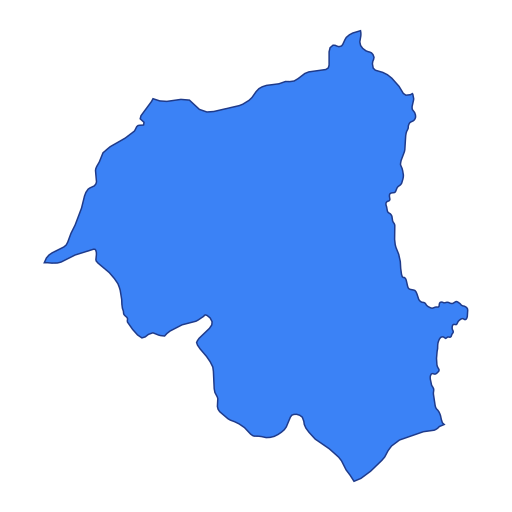 the border of Ouham-Pendé
{"feature_id": "CAF-805", "entity_name": "Ouham-Pendé", "entity_type": "Prefecture", "adm_level": 1, "iso_a3": "CAF", "parent_name": "Central African Republic", "parent_adm1": "", "projection": "mercator", "projection_center": [16.39, 6.719], "detail": "fine", "context": "isolated", "style": "filled", "palette": "blue", "viewbox_px": 512, "rotation_deg": 0, "n_neighbors": 0, "source": "natural_earth", "source_scale": "10m", "svg_char_len": 5413}
<svg xmlns="http://www.w3.org/2000/svg" viewBox="0 0 512 512"><path d="M360.5,30.7L360.8,32.4L360.9,34.1L360.8,35.9L359.8,41.9L360.6,45.5L362.7,48.4L365.9,50.8L367.9,51.6L369.8,52.1L371.5,52.9L373.0,54.6L374.0,57.3L373.6,59.4L372.8,61.3L372.4,63.8L373.2,68.1L375.3,70.2L382.8,72.4L387.4,74.7L391.8,78.2L399.0,86.3L403.3,93.4L405.9,95.2L410.4,94.7L411.9,93.9L412.3,93.6L412.8,94.2L413.7,98.7L413.6,99.8L412.1,106.5L412.1,108.3L412.4,109.6L414.6,112.5L415.4,114.7L415.6,116.2L415.5,117.6L415.1,118.6L414.6,119.5L414.0,120.2L413.3,120.8L410.6,122.1L409.7,122.8L409.0,124.0L408.3,125.9L408.2,128.1L407.6,129.6L406.6,131.5L406.1,133.3L405.7,135.7L404.8,149.8L404.4,151.7L401.1,160.5L400.6,163.0L400.5,164.8L402.1,168.5L402.7,170.9L403.4,175.1L403.3,177.0L402.9,179.0L401.7,183.1L401.0,184.2L400.4,184.9L398.0,186.6L397.4,187.4L396.8,188.4L395.8,191.0L395.3,191.9L394.6,192.5L393.6,192.7L392.5,192.8L391.2,193.0L390.0,193.7L389.5,194.7L389.4,196.1L389.9,199.4L389.5,200.4L388.7,201.0L387.9,201.2L387.3,201.4L386.8,201.8L386.0,203.0L385.9,204.0L386.1,205.3L386.6,206.8L387.1,209.6L387.4,211.1L388.0,212.3L388.8,212.9L389.6,213.4L390.4,213.9L391.2,214.9L391.9,216.2L392.6,220.8L393.1,222.0L394.2,223.6L394.6,224.5L394.8,225.6L394.6,239.4L395.2,244.6L395.9,247.3L398.7,254.3L400.3,261.6L400.7,268.5L401.5,274.3L402.3,276.8L403.3,277.5L404.3,277.5L405.4,278.4L406.2,280.1L407.6,286.2L408.1,287.7L408.7,288.5L409.4,289.1L410.4,289.4L413.9,290.1L414.9,290.5L415.5,291.2L416.1,292.0L417.0,294.1L418.7,299.3L419.0,299.8L419.5,300.5L420.1,301.1L420.9,301.7L421.7,302.2L423.8,302.5L424.7,302.9L425.4,303.5L426.4,305.1L427.1,305.8L427.8,306.4L428.7,306.9L430.5,307.8L431.5,308.1L432.4,308.2L433.3,307.9L435.1,307.2L436.1,307.0L438.1,307.1L438.7,306.7L439.1,306.1L439.3,304.1L439.6,303.1L440.2,302.4L441.0,302.1L442.0,302.1L442.9,302.4L443.8,302.8L444.8,302.8L446.7,302.3L447.7,302.3L448.3,302.4L449.1,302.7L449.9,303.1L450.8,303.4L451.9,303.5L452.9,303.4L453.7,302.9L455.3,301.9L456.2,301.5L457.1,301.7L457.9,302.1L458.7,302.7L459.5,303.2L460.2,303.8L461.4,305.2L462.2,305.6L462.9,305.9L464.4,306.2L465.5,306.8L466.6,307.5L467.5,308.9L467.7,310.3L467.3,316.5L467.0,317.6L466.6,318.5L466.0,319.3L465.3,319.6L464.4,319.5L463.7,319.0L462.9,318.6L462.0,318.7L461.1,319.0L459.5,320.1L458.2,321.4L456.8,324.1L456.2,324.6L455.4,324.6L454.6,324.4L453.6,324.4L452.8,325.0L452.3,326.1L452.1,328.1L452.4,329.5L453.2,331.2L453.2,332.3L452.7,333.2L452.0,334.1L451.1,336.5L450.4,337.1L449.6,337.2L448.8,337.0L448.2,337.0L447.5,337.1L446.2,338.1L445.6,338.4L445.0,338.0L444.3,337.5L443.5,337.0L442.5,336.8L441.6,337.0L440.7,337.4L440.1,338.1L439.5,338.9L438.7,340.7L438.0,342.8L437.7,345.0L437.6,348.6L437.1,351.4L436.5,358.4L436.9,364.7L437.3,366.3L437.8,367.4L439.0,369.5L439.0,370.5L438.7,371.3L436.7,373.3L435.9,373.8L435.0,374.1L434.0,374.0L433.1,373.6L432.2,373.6L431.2,374.1L430.3,376.1L430.2,377.5L430.3,379.1L431.6,385.2L432.9,387.3L433.7,389.0L433.7,390.6L433.4,392.7L433.4,394.0L435.1,405.3L435.6,407.3L436.3,408.6L436.9,409.4L437.6,410.0L438.7,411.5L439.2,412.4L439.8,413.7L440.5,415.6L441.3,419.4L442.4,422.8L444.2,424.5L439.4,426.5L437.6,428.3L435.9,429.4L434.2,430.2L423.4,431.7L399.5,440.0L391.5,446.0L388.1,450.6L384.7,457.0L381.8,460.4L370.6,471.2L360.9,478.4L354.0,481.3L350.1,475.2L346.1,469.9L341.5,460.8L338.7,457.2L329.3,448.8L315.2,439.1L309.0,432.3L305.9,428.1L304.3,424.5L303.8,421.2L302.3,417.2L299.8,415.3L296.7,414.3L293.9,414.4L291.8,415.2L290.4,417.1L286.3,426.9L284.3,429.7L281.4,432.2L278.0,434.5L274.2,436.4L270.1,437.4L266.2,437.6L261.7,436.6L258.6,436.2L254.1,436.1L252.7,435.6L250.6,434.1L244.5,427.6L239.1,423.9L234.6,421.7L230.3,420.1L227.9,418.7L219.7,411.7L218.1,409.3L217.4,406.5L217.8,398.6L217.3,397.0L214.9,392.4L214.2,388.7L213.4,371.3L212.8,367.0L210.2,361.8L206.5,356.4L200.1,348.9L197.5,345.1L196.6,342.5L197.5,340.6L199.1,338.3L209.5,328.3L211.8,324.9L212.1,321.7L210.1,317.9L207.0,315.4L205.4,314.9L204.4,315.3L203.9,316.1L203.1,316.7L202.0,317.4L198.2,320.0L196.0,321.2L182.1,324.8L170.1,331.0L166.9,333.5L164.6,336.0L160.7,335.6L158.7,335.1L152.9,332.8L148.4,334.4L145.2,336.9L141.9,337.9L137.5,334.9L132.6,329.4L127.5,322.1L127.3,320.9L127.5,319.6L127.5,318.4L126.8,317.3L124.8,315.5L123.9,314.4L123.6,313.4L123.4,311.2L122.4,308.2L122.2,306.6L121.9,304.4L121.7,299.5L120.2,290.3L119.3,287.3L117.9,283.7L114.5,278.7L109.3,272.6L98.1,263.2L96.2,261.0L95.9,259.6L96.4,254.8L96.4,252.6L95.8,250.3L95.0,249.3L93.6,249.2L75.1,255.0L61.2,262.0L59.4,262.5L57.3,263.0L51.8,263.1L47.5,262.7L44.3,262.7L46.4,258.0L49.0,255.0L52.2,252.8L63.8,247.0L66.2,245.0L67.7,242.2L71.0,233.3L75.1,225.1L81.5,208.2L84.5,196.1L85.9,192.4L88.1,189.2L89.8,188.0L94.3,185.9L95.9,183.9L96.5,181.9L95.5,170.5L95.8,168.7L96.7,166.5L99.3,162.0L103.0,152.8L107.4,149.0L110.3,146.6L125.2,138.1L134.4,131.1L135.1,129.9L136.7,126.7L137.9,125.6L139.1,125.3L142.8,125.1L143.6,124.9L144.0,122.3L140.2,118.8L141.0,115.7L151.5,101.5L153.0,98.7L159.7,100.9L166.8,101.4L180.9,99.4L189.4,100.1L199.4,109.4L206.9,112.0L213.8,111.5L239.3,105.6L242.8,104.2L249.1,100.3L252.0,97.5L256.2,91.5L259.0,88.6L262.2,86.8L266.5,85.4L278.9,83.8L285.5,81.5L289.9,81.6L294.1,81.0L298.0,78.7L304.8,73.5L308.8,71.9L325.9,69.5L328.3,67.9L329.1,65.1L329.1,51.8L330.1,47.7L333.0,45.2L335.1,45.3L336.9,46.1L338.9,46.7L341.5,46.0L342.7,44.5L345.1,39.4L346.3,37.4L349.4,34.8L352.8,33.0L360.5,30.7Z" fill="#3b82f6" stroke="#1e3a8a" stroke-width="1.5"/></svg>